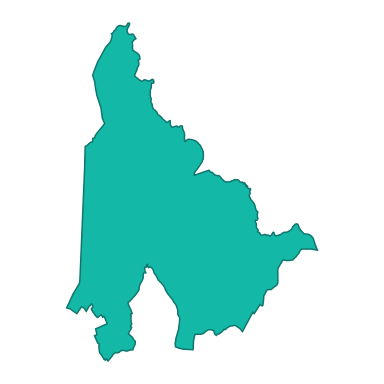 Di An, Bình Dương, Vietnam (Equal Earth projection)
{"feature_id": "81297802B25090486882402", "entity_name": "Di An", "entity_type": "district", "adm_level": 2, "iso_a3": "VNM", "parent_name": "Vietnam", "parent_adm1": "Bình Dương", "projection": "equal_earth", "projection_center": [106.783, 10.917], "detail": "fine", "context": "isolated", "style": "filled", "palette": "teal", "viewbox_px": 384, "rotation_deg": 0, "n_neighbors": 0, "source": "geoboundaries", "source_scale": "gbopen_adm2", "svg_char_len": 5979}
<svg xmlns="http://www.w3.org/2000/svg" viewBox="0 0 384 384"><path d="M135.9,38.7L134.3,36.0L133.3,34.6L132.8,34.2L132.2,34.0L130.5,34.6L129.8,34.6L128.8,34.2L128.1,33.6L127.4,32.4L127.1,31.2L127.1,30.2L127.3,28.9L128.7,26.5L129.5,24.6L129.7,23.8L129.0,23.0L128.2,23.0L127.8,23.4L127.4,24.0L126.8,25.5L126.2,26.0L125.5,26.4L123.9,26.4L121.1,25.6L119.7,25.5L119.0,25.7L117.9,26.3L116.9,27.2L115.8,29.1L115.2,30.0L114.2,30.7L113.1,32.6L111.4,33.8L111.9,34.5L112.1,35.2L112.1,36.2L111.5,38.5L110.4,41.8L109.1,43.4L105.8,47.1L97.7,61.9L94.5,70.0L92.7,75.3L94.6,81.5L95.6,88.8L96.9,95.5L101.0,108.1L102.4,118.5L104.7,123.6L96.5,133.7L95.2,135.8L95.2,136.3L94.7,137.6L94.3,138.1L92.7,138.4L92.7,141.8L90.6,142.3L88.5,144.0L86.8,145.8L85.2,146.3L84.8,160.0L84.7,166.2L80.0,277.6L79.6,282.8L78.8,284.4L72.9,294.3L68.6,303.8L66.6,307.8L69.0,308.6L69.7,308.6L76.8,313.6L81.0,307.5L81.8,306.9L82.0,306.9L84.4,308.4L85.5,310.5L86.3,311.4L88.8,306.7L91.6,303.9L93.0,306.4L91.3,309.1L92.5,311.4L96.2,316.5L97.2,317.4L97.8,317.4L101.2,314.7L102.7,317.3L103.9,316.3L104.8,317.9L107.2,323.7L95.6,328.9L97.0,334.6L94.5,335.7L97.6,342.8L98.0,343.2L98.8,343.4L99.0,343.7L98.9,346.0L99.1,349.4L99.4,351.7L100.0,353.2L102.4,356.4L103.8,358.9L104.0,359.3L104.6,359.1L105.2,360.2L106.8,358.9L107.6,360.5L108.1,361.0L112.5,355.6L112.4,355.0L115.3,352.7L116.0,352.6L117.4,352.9L118.0,352.8L119.0,352.3L121.6,350.4L122.2,350.6L123.5,350.3L126.0,351.1L126.6,351.1L127.7,350.9L130.0,350.0L132.8,349.9L133.3,348.1L135.1,344.3L135.3,343.3L135.3,341.2L134.8,341.2L133.4,339.2L132.7,337.6L128.4,333.7L129.6,331.2L130.9,329.3L131.6,327.5L131.7,327.2L130.5,326.7L130.8,325.7L131.7,324.2L131.7,323.8L131.1,321.9L130.9,318.5L131.2,316.2L130.6,314.3L132.2,313.5L130.7,309.5L128.7,305.3L128.0,302.7L129.6,301.4L134.8,295.7L137.8,291.7L139.0,289.8L139.3,286.6L140.1,284.2L142.3,280.4L143.1,278.1L143.3,274.2L143.6,273.1L145.8,272.8L144.9,270.6L144.8,269.8L144.6,267.2L146.5,267.1L146.5,264.9L147.4,264.4L147.8,266.0L148.5,267.6L149.9,266.8L151.7,267.9L152.6,269.0L153.4,270.3L153.9,272.4L154.4,273.4L156.2,275.8L158.4,280.2L161.6,283.3L163.8,286.0L164.4,287.0L165.7,290.4L167.6,293.5L172.9,300.3L173.8,302.1L176.1,305.1L177.4,309.0L177.7,310.1L177.8,313.8L177.9,314.9L179.0,316.4L179.5,317.6L179.7,318.2L179.6,319.7L179.4,323.3L178.9,325.9L178.7,328.8L176.1,337.8L175.8,339.4L175.5,341.9L175.1,342.8L175.1,344.1L175.5,345.6L175.5,346.8L178.3,348.0L183.5,349.2L193.1,349.7L193.5,341.1L194.9,334.4L201.1,334.2L203.0,333.7L207.9,329.9L210.7,329.6L213.8,330.7L214.2,332.4L214.9,334.0L215.4,334.8L216.4,335.4L217.6,333.8L218.8,334.0L219.4,333.7L222.0,331.7L224.1,329.4L225.2,329.7L227.5,327.6L229.4,326.5L230.7,326.0L232.3,325.9L234.4,325.4L235.3,325.4L239.4,328.2L240.5,329.2L242.4,331.6L252.9,312.2L254.1,313.7L256.0,310.9L260.0,304.5L261.2,305.6L262.3,305.8L262.9,305.3L263.6,299.7L263.8,295.8L265.1,293.7L266.2,291.3L267.3,289.7L271.2,289.5L274.6,286.6L276.6,285.4L277.8,283.1L277.9,280.3L277.8,273.6L277.8,269.0L278.4,267.7L282.0,261.3L283.5,259.9L286.1,260.5L288.5,260.5L292.8,260.0L294.0,258.4L295.8,257.0L299.0,252.9L299.9,250.9L301.6,249.1L310.4,249.0L313.6,249.4L317.4,250.2L315.3,244.9L313.7,239.9L312.8,237.7L311.3,236.0L309.4,234.7L308.0,234.2L304.0,233.8L300.4,229.9L299.0,227.5L298.3,225.2L297.8,224.4L297.0,223.9L295.4,224.1L292.9,226.5L291.7,229.1L289.8,230.7L288.0,231.7L286.6,232.2L284.1,232.3L282.8,232.9L280.9,234.3L278.2,235.4L276.6,235.7L275.8,235.7L275.1,235.5L274.6,234.8L274.0,232.8L273.6,232.3L273.2,232.3L272.4,233.0L271.8,234.8L271.0,235.2L270.3,236.0L269.9,236.1L268.3,235.1L267.1,235.1L266.7,235.3L265.3,234.5L264.6,234.4L262.9,235.1L261.0,235.1L260.4,234.3L259.8,233.1L259.3,232.5L257.9,232.1L257.7,231.7L257.7,231.4L258.1,230.8L258.0,229.6L256.6,228.0L256.3,227.5L256.4,225.0L256.3,223.7L255.1,221.2L255.2,220.6L255.5,220.3L257.0,220.2L257.3,220.0L257.9,218.8L257.5,217.3L257.3,215.8L257.3,214.2L257.7,213.1L257.8,212.1L257.5,211.7L256.5,210.7L255.9,209.6L254.8,205.2L253.9,203.3L251.0,199.7L249.9,197.3L249.5,196.7L249.3,195.9L249.4,195.2L250.1,193.8L250.1,193.1L249.7,191.3L250.0,190.8L250.5,190.1L250.6,189.4L250.4,188.8L250.0,188.5L248.5,188.6L247.9,188.1L247.5,187.3L247.6,186.3L247.5,186.0L247.0,186.0L246.3,186.6L245.7,186.4L245.6,185.9L245.7,185.6L246.2,185.6L246.4,185.4L246.1,184.8L245.2,183.9L244.6,182.9L244.4,182.8L244.0,183.6L243.6,183.9L243.4,183.5L243.2,182.7L242.9,182.3L242.5,182.1L241.8,182.3L240.9,182.3L240.3,182.1L238.7,180.3L238.1,179.9L236.8,179.7L235.1,179.6L234.1,179.8L233.3,180.5L232.0,180.7L230.3,181.6L229.2,181.8L227.7,182.0L225.3,181.8L224.5,181.4L222.0,179.0L220.0,176.5L219.0,175.7L216.0,175.4L214.9,175.0L212.3,172.5L211.7,172.2L210.6,172.1L210.3,171.8L208.9,170.2L194.3,175.3L194.5,172.8L195.0,171.9L198.8,166.9L202.1,161.8L202.7,160.0L203.2,159.1L203.4,155.9L203.3,152.5L203.0,150.9L200.4,145.6L197.0,141.9L194.7,140.5L191.1,139.5L188.3,139.3L186.4,140.1L185.5,141.5L184.7,141.5L184.5,140.8L184.5,137.0L184.6,134.3L184.3,132.7L183.0,129.7L182.4,127.6L182.5,126.4L182.1,125.9L180.9,125.8L180.2,126.1L178.9,127.1L177.9,127.1L177.3,126.2L176.5,126.0L174.3,126.7L172.3,127.2L171.3,126.7L170.6,125.1L170.3,123.9L170.3,120.7L169.8,120.6L167.5,122.3L166.7,122.3L162.4,118.7L161.9,117.7L159.8,115.8L157.7,114.5L156.8,112.0L153.4,108.9L152.5,107.1L152.1,104.2L151.9,103.6L150.9,102.3L150.9,101.3L151.1,100.6L151.2,99.4L151.1,98.2L150.5,97.1L150.3,95.8L150.3,91.7L150.5,89.6L150.9,88.4L151.3,87.6L151.4,86.4L151.2,84.6L151.5,83.4L152.2,83.0L153.3,83.2L153.9,82.6L153.6,80.3L153.1,79.6L152.2,79.3L150.6,80.3L150.1,80.7L149.5,80.9L148.8,81.0L147.4,80.8L145.9,80.0L145.1,79.9L144.1,79.9L143.2,80.5L142.7,81.0L141.6,81.2L139.8,80.2L134.5,76.0L135.8,72.2L136.6,70.8L137.1,69.2L137.3,67.6L138.3,66.3L138.7,65.5L138.9,64.3L138.8,62.5L138.0,60.6L138.9,59.7L139.7,59.4L140.0,59.0L139.5,55.7L138.6,54.4L137.1,53.0L135.2,51.9L133.1,50.3L132.5,48.5L132.6,45.5L132.3,43.3L132.4,42.3L132.7,41.5L134.1,39.8L135.9,38.7Z" fill="#14b8a6" stroke="#0f766e" stroke-width="1.5"/></svg>